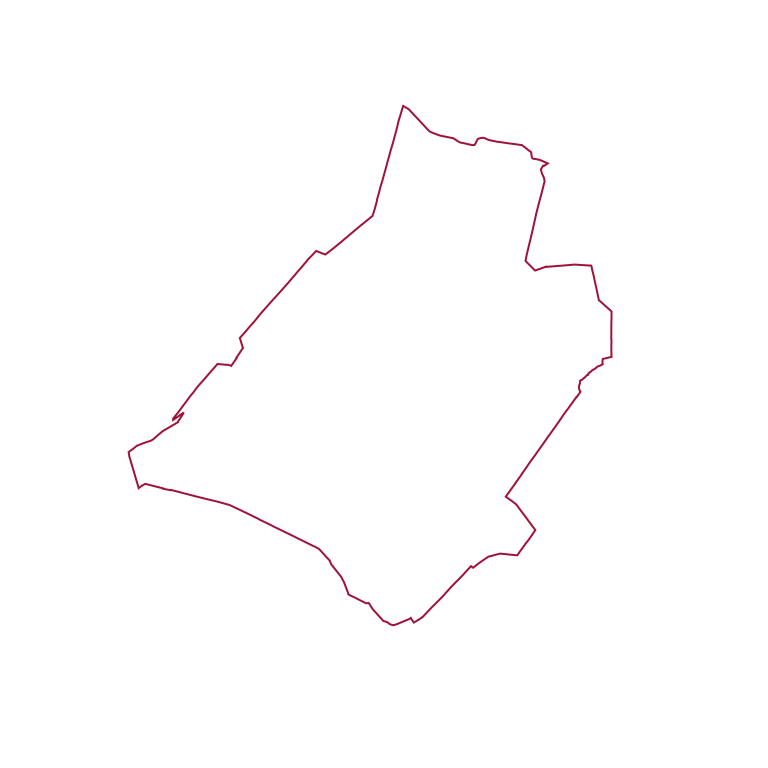 Līgo pag., Gulbene, Latvia (Mercator projection), rotated 55°
{"feature_id": "27541924B95861088193965", "entity_name": "Līgo pag.", "entity_type": "district", "adm_level": 2, "iso_a3": "LVA", "parent_name": "Latvia", "parent_adm1": "Gulbene", "projection": "mercator", "projection_center": [26.604, 57.002], "detail": "fine", "context": "isolated", "style": "outline", "palette": "rose", "viewbox_px": 768, "rotation_deg": 55, "n_neighbors": 0, "source": "geoboundaries", "source_scale": "gbopen_adm2", "svg_char_len": 5925}
<svg xmlns="http://www.w3.org/2000/svg" viewBox="0 0 768 768"><g transform="rotate(55 384 384)"><path d="M596.5,496.4L596.6,495.5L596.7,494.2L596.8,492.7L597.0,489.4L597.0,487.5L596.9,486.4L597.1,486.3L594.4,473.3L591.9,459.0L591.7,458.0L588.7,445.1L585.5,427.8L585.2,426.7L583.1,417.2L585.6,416.4L585.2,407.8L585.3,397.5L586.2,395.3L588.0,390.3L589.5,386.2L600.8,373.1L598.9,367.9L595.8,359.0L595.0,356.1L594.4,354.3L591.1,345.6L590.9,345.0L590.5,343.8L581.5,344.1L576.0,344.2L567.3,344.5L559.8,344.7L557.9,344.9L552.8,346.5L546.2,348.9L545.6,347.4L545.4,346.8L544.0,342.7L543.3,340.8L543.0,340.0L542.5,338.4L542.2,337.7L541.9,336.7L541.6,335.8L541.1,334.6L540.9,333.9L540.5,332.8L539.9,331.3L539.6,330.4L539.1,328.9L538.7,328.0L538.1,326.2L538.0,325.9L537.2,323.6L536.8,322.7L536.7,322.2L536.5,321.8L536.4,321.9L534.8,317.4L534.3,316.2L534.2,315.8L533.5,313.7L532.9,312.4L531.0,307.1L529.5,302.7L528.9,300.7L528.1,298.8L527.2,296.2L525.8,292.2L522.9,284.2L521.6,280.7L520.5,277.5L519.1,273.5L518.6,272.1L516.1,265.0L514.7,261.1L514.5,260.7L513.7,258.5L513.3,257.6L512.7,256.1L512.4,255.1L512.0,254.3L511.6,252.9L510.9,250.9L510.4,249.5L510.3,248.9L505.0,233.8L505.3,233.7L504.3,231.0L503.1,227.5L502.6,227.4L502.1,227.6L501.6,227.5L501.0,227.3L499.7,226.8L498.5,226.2L497.8,225.8L497.4,225.3L497.1,224.9L495.9,223.2L495.7,223.0L495.3,222.7L494.6,222.2L494.2,221.9L493.8,221.5L493.7,221.1L493.8,220.4L494.0,219.7L494.1,219.2L494.0,218.6L493.9,217.9L493.8,216.7L493.8,215.8L493.6,214.9L493.5,214.5L493.3,213.3L493.2,212.9L493.3,212.7L493.5,212.1L493.3,212.0L493.2,211.4L493.3,211.2L493.0,210.9L492.9,210.8L492.7,210.6L492.8,210.5L492.8,210.2L492.5,209.2L492.3,208.8L492.5,207.8L492.4,206.6L492.1,205.1L492.4,203.7L492.5,201.9L492.2,199.9L492.3,198.4L492.9,196.9L493.0,195.4L493.3,194.0L493.2,193.4L492.1,193.1L489.0,190.5L490.6,186.3L492.3,182.1L488.2,179.4L484.9,177.1L482.3,175.3L479.8,173.4L478.4,172.4L477.6,172.0L477.2,171.8L476.0,171.0L473.3,169.0L470.4,167.0L465.6,163.6L460.1,159.5L458.7,158.6L455.1,156.0L447.3,157.8L447.1,157.9L444.2,158.5L442.1,159.0L440.5,159.4L438.6,159.9L434.1,158.0L431.5,156.9L431.4,156.8L426.8,154.9L424.9,154.1L417.2,150.9L415.5,150.1L409.6,147.9L407.8,147.0L405.9,146.3L401.5,151.9L397.0,157.5L395.2,159.8L392.9,163.9L391.0,167.1L388.8,170.9L386.5,174.7L385.0,177.4L383.4,180.0L381.1,184.0L380.8,183.9L380.0,187.0L377.7,195.2L364.4,197.5L360.3,193.3L353.6,185.8L350.4,182.1L343.9,174.8L331.9,161.7L331.6,161.4L331.4,161.1L328.6,157.9L322.8,151.1L317.6,144.9L314.1,140.8L313.7,140.4L310.1,136.2L306.9,134.7L301.8,133.8L298.5,132.5L298.2,132.3L296.4,128.5L296.5,128.4L296.9,128.1L297.1,128.0L297.1,127.7L297.2,124.1L297.2,123.3L293.8,125.4L291.9,126.5L290.3,127.5L289.2,128.4L288.3,129.2L287.6,129.9L286.7,130.8L286.1,131.4L285.0,132.6L284.7,132.8L284.0,133.0L283.6,132.8L283.1,132.8L282.5,132.6L280.6,131.6L279.0,130.7L278.5,130.5L278.2,130.6L276.5,131.2L273.4,132.1L267.6,133.9L267.3,134.0L267.1,134.2L266.7,134.8L265.2,136.4L261.3,140.6L257.5,144.8L253.7,148.8L250.0,152.8L249.3,153.4L246.7,155.9L245.2,157.3L244.9,157.7L244.5,158.0L244.1,158.2L242.8,159.1L240.2,160.6L239.1,161.6L239.0,161.8L238.7,162.4L237.5,164.9L237.4,165.3L237.2,166.2L237.1,166.4L237.2,166.8L237.5,167.5L238.4,169.2L239.2,170.7L239.6,171.6L239.8,172.0L240.0,172.3L240.1,172.7L239.9,173.4L239.4,174.1L238.3,175.2L235.9,177.5L233.3,179.8L229.7,183.2L227.7,184.2L223.7,185.7L222.8,186.0L222.1,186.6L215.5,192.9L214.7,193.7L212.6,195.6L210.9,196.9L210.2,197.3L209.3,198.0L204.3,201.2L203.4,201.7L202.7,201.9L202.0,202.0L199.1,202.5L194.9,203.0L191.7,203.5L186.6,204.2L182.5,204.8L173.2,206.1L172.5,206.4L169.6,207.7L167.2,208.8L170.8,213.4L173.8,217.2L177.3,221.7L180.8,225.5L182.5,227.5L191.3,238.0L195.5,243.3L196.2,244.3L196.4,244.5L197.2,245.4L200.7,249.6L204.2,253.9L207.3,257.6L210.4,261.3L212.6,264.0L216.9,269.2L217.3,269.7L219.7,272.9L225.1,279.2L228.3,283.2L230.7,285.6L231.4,286.5L235.8,291.8L238.5,295.4L239.7,296.9L240.5,307.8L241.0,314.8L242.3,329.4L242.5,331.0L242.6,332.7L243.2,338.6L243.3,340.5L243.9,349.0L244.3,357.8L236.1,363.3L237.2,368.6L238.2,373.8L238.2,374.3L238.8,376.1L239.6,378.8L239.7,379.6L240.0,380.6L240.7,383.3L241.1,384.8L241.3,385.6L241.8,387.7L242.2,389.1L242.6,390.8L242.8,391.7L243.5,394.1L244.1,396.4L244.5,398.3L244.8,399.3L245.2,400.7L245.5,402.2L245.9,403.4L246.2,404.6L250.4,422.4L250.4,422.6L250.6,423.3L250.8,424.3L250.9,425.2L251.0,425.4L254.6,440.5L256.5,448.1L256.7,448.4L258.4,454.3L260.2,462.0L261.7,467.6L263.6,475.7L273.6,478.9L277.9,490.0L278.3,489.9L281.5,498.7L281.2,498.8L278.1,501.5L277.8,502.2L272.1,508.9L273.6,514.9L274.7,519.6L275.2,521.7L276.7,527.3L278.5,535.0L279.3,538.2L280.3,541.3L281.7,545.4L282.3,548.1L283.3,551.2L286.1,559.6L289.2,568.9L290.8,574.5L291.4,576.5L292.5,577.3L292.5,565.2L292.9,565.1L294.9,569.9L296.7,574.3L297.1,574.6L295.9,589.4L295.7,592.1L296.2,598.7L296.9,604.1L296.8,607.2L294.8,613.8L293.8,617.8L293.2,620.4L292.9,621.7L292.9,623.1L293.1,625.2L293.2,627.0L293.2,629.5L293.3,632.2L297.5,634.3L300.2,635.1L305.4,636.9L311.2,638.8L324.8,643.4L328.6,644.7L328.5,642.5L328.5,641.9L328.5,640.8L328.6,639.1L328.9,636.8L342.7,624.9L343.0,625.1L348.7,619.7L348.6,619.2L359.1,610.3L368.0,602.7L378.1,593.9L381.0,591.3L384.0,588.6L394.3,580.1L396.8,578.6L399.9,576.9L404.0,574.5L408.1,572.2L409.5,571.4L423.1,563.9L423.8,563.7L428.2,561.2L434.2,557.8L438.6,555.6L438.9,555.4L440.8,554.3L448.4,550.1L457.2,545.2L458.7,544.4L463.3,541.9L474.6,535.7L477.5,534.0L479.7,532.9L481.5,531.9L496.5,529.9L497.4,529.7L501.6,530.7L502.0,530.6L510.6,530.1L517.3,529.7L523.6,530.5L535.8,533.6L535.9,533.8L536.7,533.5L540.4,531.5L540.6,531.3L553.3,524.5L554.6,522.3L554.6,522.2L555.7,522.1L561.9,522.4L562.2,522.4L574.8,520.8L576.4,520.6L577.7,520.5L578.1,520.1L581.2,517.8L583.6,517.2L585.0,516.3L586.6,515.2L587.9,512.2L588.0,511.8L589.9,503.1L591.1,497.8L591.0,496.2L591.9,496.3L596.5,496.4Z" fill="none" stroke="#9f1239" stroke-width="2"/></g></svg>